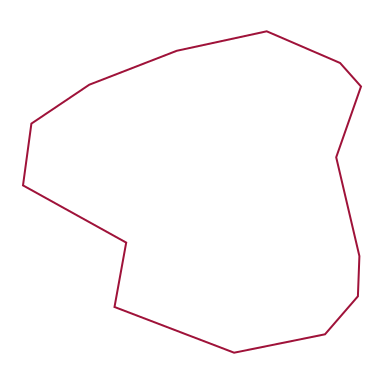 Arxust, Töv, Mongolia
{"feature_id": "93677404B33334690318277", "entity_name": "Arxust", "entity_type": "district", "adm_level": 2, "iso_a3": "MNG", "parent_name": "Mongolia", "parent_adm1": "Töv", "projection": "mercator", "projection_center": [107.97, 47.468], "detail": "fine", "context": "isolated", "style": "outline", "palette": "rose", "viewbox_px": 384, "rotation_deg": 0, "n_neighbors": 0, "source": "geoboundaries", "source_scale": "gbopen_adm2", "svg_char_len": 299}
<svg xmlns="http://www.w3.org/2000/svg" viewBox="0 0 384 384"><path d="M325.0,334.3L357.9,296.3L359.4,256.1L336.2,157.3L361.0,86.5L340.1,63.0L266.7,31.3L176.7,50.8L89.3,84.7L31.4,123.6L23.0,185.4L126.2,242.6L114.5,307.0L234.1,352.7L325.0,334.3Z" fill="none" stroke="#9f1239" stroke-width="2"/></svg>